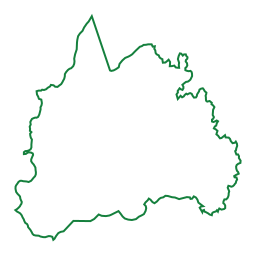 the district of Acreúna, Goiás, Brazil
{"feature_id": "56859067B88500827622042", "entity_name": "Acreúna", "entity_type": "district", "adm_level": 2, "iso_a3": "BRA", "parent_name": "Brazil", "parent_adm1": "Goiás", "projection": "albers", "projection_center": [-50.297, -17.423], "detail": "fine", "context": "isolated", "style": "outline", "palette": "green", "viewbox_px": 256, "rotation_deg": 0, "n_neighbors": 0, "source": "geoboundaries", "source_scale": "gbopen_adm2", "svg_char_len": 4752}
<svg xmlns="http://www.w3.org/2000/svg" viewBox="0 0 256 256"><path d="M158.8,55.4L156.6,54.3L155.6,52.9L155.3,50.4L154.3,48.8L154.8,46.3L152.7,46.6L151.6,44.3L148.3,44.3L145.9,44.8L143.6,44.9L141.9,46.1L139.8,46.8L137.5,49.0L136.0,50.4L134.3,52.1L132.2,54.3L130.4,55.5L128.4,56.6L125.2,57.9L122.4,60.4L119.6,63.8L118.7,67.3L115.9,69.2L113.6,70.4L111.3,70.9L110.0,70.4L91.8,16.2L88.7,21.5L86.7,23.7L84.1,27.5L82.5,30.9L79.9,33.5L78.1,36.2L77.3,39.9L77.0,42.5L76.7,49.4L75.1,54.3L74.2,58.7L74.5,61.3L74.2,63.8L73.2,66.2L71.2,68.2L69.5,68.8L67.9,70.0L66.1,72.1L64.9,74.1L64.8,76.4L64.2,78.8L63.3,80.4L62.4,82.2L61.2,84.1L59.4,85.4L57.5,86.9L55.1,86.7L53.6,85.3L50.9,84.9L50.1,86.4L47.7,87.8L46.2,89.2L44.0,90.0L42.1,89.7L41.1,90.6L38.6,90.6L36.6,91.2L36.8,92.9L37.0,94.5L38.2,96.7L38.9,98.8L41.3,99.6L41.7,101.8L41.9,103.2L41.5,105.3L40.5,107.3L40.6,109.3L40.1,111.4L39.3,114.5L38.1,116.9L36.6,117.7L35.2,117.6L33.5,118.2L32.0,118.9L31.1,120.4L30.3,122.0L30.7,124.5L29.7,126.7L30.1,128.8L29.9,130.8L31.4,132.1L30.1,133.7L30.3,135.6L30.8,137.7L31.9,139.5L31.6,142.4L31.4,144.5L31.4,147.5L30.6,149.3L28.7,150.5L27.0,151.0L25.3,151.1L23.9,152.2L23.9,154.1L25.9,153.9L27.1,153.0L28.6,152.3L31.1,152.6L32.8,153.5L33.1,154.9L32.0,157.4L31.2,159.4L31.2,161.3L32.3,163.0L33.7,164.5L35.4,167.5L35.6,170.3L35.9,172.2L35.8,174.4L35.0,176.3L33.8,177.5L32.6,179.0L31.1,180.8L28.6,182.0L26.7,181.5L23.2,181.2L21.7,180.8L20.2,180.8L18.5,181.9L17.7,183.2L16.3,185.1L15.6,186.5L15.5,188.7L15.8,190.3L16.2,192.0L17.6,193.9L19.0,195.3L20.0,196.5L20.4,198.9L21.0,200.3L21.8,202.0L21.4,203.8L20.5,205.1L19.9,206.3L18.5,207.8L16.9,209.2L15.4,210.1L16.9,211.5L18.6,212.4L20.2,213.4L21.7,215.3L22.6,217.4L23.8,219.4L24.2,220.7L25.2,222.8L27.1,224.1L27.8,225.4L28.2,227.3L30.2,229.6L31.7,232.1L32.5,233.8L33.7,235.0L35.6,235.5L38.8,235.7L40.4,236.5L43.1,237.1L45.2,237.2L47.4,236.5L48.7,236.1L50.3,236.2L52.3,236.8L53.3,239.8L54.5,238.8L56.1,236.0L58.3,233.1L60.6,231.9L63.6,231.3L73.4,220.9L90.4,221.1L94.2,219.0L98.7,214.5L101.7,215.8L105.9,216.1L109.4,215.5L111.3,214.7L118.5,211.1L120.6,213.7L122.6,216.5L124.8,218.5L128.2,219.6L131.9,220.0L136.0,219.1L138.9,216.7L141.6,215.4L143.9,214.1L145.6,210.9L146.2,208.2L145.8,206.1L144.2,204.4L145.5,202.4L147.7,200.3L148.8,198.6L150.5,199.7L152.5,202.1L154.5,203.2L156.9,201.5L159.1,199.0L160.7,197.9L163.3,197.3L165.4,195.8L167.9,196.0L172.0,197.2L175.0,197.5L179.1,199.1L186.9,197.1L189.9,197.4L190.5,198.9L192.1,198.7L193.8,196.4L195.9,197.5L197.4,199.6L198.4,202.6L203.1,206.2L201.1,206.5L199.7,207.7L202.3,212.2L202.7,210.5L204.0,210.0L204.5,211.6L206.0,212.2L208.2,213.4L209.6,214.5L211.8,215.2L212.2,213.2L213.2,212.3L214.7,211.8L216.0,211.4L216.9,210.3L217.9,211.6L218.4,210.1L219.3,208.5L221.5,209.6L224.1,209.0L225.2,208.1L225.2,205.5L224.5,204.2L223.3,203.1L223.5,201.4L224.4,199.4L226.2,199.4L227.6,197.9L228.2,196.6L228.6,195.2L228.7,193.2L229.2,191.3L228.5,189.6L227.7,187.7L228.4,185.8L230.0,186.2L231.3,186.7L232.7,186.3L234.0,185.2L234.9,183.9L235.8,182.9L236.2,181.1L237.1,179.5L236.5,177.5L234.6,177.3L234.2,176.1L236.1,174.9L238.7,173.7L238.1,172.0L237.0,170.8L236.3,168.7L236.1,166.6L236.7,165.0L238.2,163.8L240.4,162.9L240.6,160.7L238.9,158.0L239.0,156.2L238.0,154.4L236.4,154.5L235.7,152.7L235.2,151.1L236.0,150.2L236.3,148.3L237.2,145.8L236.9,143.6L235.8,141.6L234.9,142.7L232.6,143.2L230.8,141.1L230.0,138.9L228.7,137.6L227.0,137.5L225.6,137.4L225.0,135.2L221.5,138.0L220.0,138.3L219.2,137.3L218.2,135.8L216.4,134.3L216.9,132.6L217.5,130.9L215.7,129.3L213.9,128.4L214.8,126.5L216.2,125.6L216.8,123.2L218.0,121.3L216.7,120.5L214.8,121.5L213.4,122.0L212.0,121.5L212.0,119.6L213.2,118.7L213.9,117.1L212.7,115.0L212.9,112.5L213.1,109.8L214.4,107.1L213.1,105.4L211.5,104.2L211.8,102.8L209.6,101.0L207.2,101.6L206.1,100.7L205.9,98.9L205.9,97.3L205.6,95.8L206.2,94.1L206.4,92.6L204.8,91.3L203.8,89.5L202.8,88.3L201.0,88.7L199.5,89.6L199.0,91.4L197.1,94.4L196.8,96.1L196.0,97.4L194.0,97.6L192.6,95.7L191.7,93.8L190.1,93.1L188.8,93.6L187.4,94.4L186.2,93.7L184.6,95.1L183.8,96.4L182.1,97.3L180.6,95.8L179.1,97.5L177.8,99.0L177.0,96.2L176.5,94.4L177.9,92.5L177.7,91.0L179.6,88.3L180.9,89.3L182.5,89.9L183.4,88.3L183.4,86.7L182.4,84.8L184.4,83.1L186.0,81.9L187.9,81.6L189.2,80.7L190.4,79.6L191.1,78.2L192.1,76.1L192.0,73.5L191.6,72.0L190.5,70.9L188.7,71.2L186.9,70.8L185.4,70.2L185.3,68.1L186.4,67.1L187.3,65.5L187.0,63.2L185.7,61.5L185.9,60.1L187.3,58.7L187.5,57.2L186.2,55.8L185.8,54.4L184.0,54.4L182.8,55.6L181.3,53.7L179.9,53.4L178.7,56.0L177.9,59.1L179.1,62.8L178.8,64.8L179.1,67.8L177.3,67.7L175.7,67.4L174.3,65.6L172.0,66.1L169.8,66.2L170.0,64.0L170.1,62.0L168.6,59.7L167.1,61.1L165.4,62.5L162.9,62.7L162.5,60.6L162.4,59.2L160.4,58.2L159.4,57.1L158.8,55.4Z" fill="none" stroke="#15803d" stroke-width="2"/></svg>